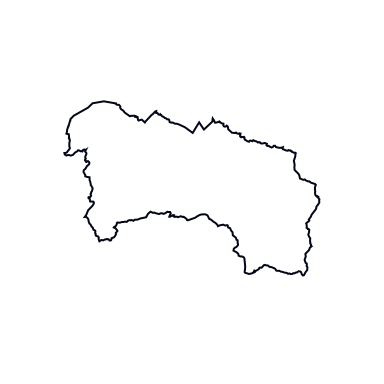 the district of Musi Rawas Utara, Sumatera Selatan, Indonesia, rotated 223°
{"feature_id": "22746128B26074251210079", "entity_name": "Musi Rawas Utara", "entity_type": "district", "adm_level": 2, "iso_a3": "IDN", "parent_name": "Indonesia", "parent_adm1": "Sumatera Selatan", "projection": "natural_earth1", "projection_center": [102.781, -2.706], "detail": "fine", "context": "isolated", "style": "outline", "palette": "ink", "viewbox_px": 384, "rotation_deg": 223, "n_neighbors": 0, "source": "geoboundaries", "source_scale": "gbopen_adm2", "svg_char_len": 6025}
<svg xmlns="http://www.w3.org/2000/svg" viewBox="0 0 384 384"><g transform="rotate(223 192 192)"><path d="M142.6,291.2L143.2,291.2L144.6,290.0L147.5,289.7L147.3,289.4L148.1,289.3L150.0,288.5L150.1,287.5L151.7,286.4L153.9,285.8L154.4,285.3L155.5,285.5L156.1,286.7L156.9,285.2L158.2,283.9L161.2,282.1L162.7,282.5L163.7,281.6L163.6,280.1L164.1,278.9L165.5,278.3L167.5,278.0L168.0,277.3L168.5,277.3L168.8,277.0L169.5,277.0L170.1,278.3L172.1,277.6L173.8,275.2L175.2,274.4L175.4,274.6L176.2,274.7L177.3,273.9L177.5,273.2L179.3,273.0L180.5,272.3L182.5,271.7L182.4,270.4L183.8,269.8L184.7,269.0L184.8,268.3L184.6,267.6L186.3,266.8L187.5,266.8L188.2,266.4L189.2,266.4L190.0,267.0L190.0,266.8L191.6,267.7L192.4,266.7L193.1,266.3L193.1,265.9L193.5,265.5L194.7,265.5L195.3,266.1L195.5,265.9L195.3,266.2L195.8,266.5L196.4,267.8L197.4,267.2L197.4,266.5L198.8,265.6L200.4,265.5L200.6,264.6L203.2,262.6L208.3,262.6L210.0,264.0L211.0,264.3L211.9,264.2L211.9,263.0L212.9,261.9L214.3,261.9L215.6,263.4L217.3,262.4L220.0,262.2L219.8,261.6L220.6,261.2L221.0,260.2L222.4,258.4L225.1,259.5L227.0,259.9L225.1,257.3L225.9,245.8L234.3,247.8L231.8,235.7L241.5,234.5L248.4,232.2L249.6,231.6L251.1,230.3L253.2,229.7L254.1,229.2L254.4,228.6L256.0,227.9L257.8,229.1L258.7,229.2L259.7,228.2L261.2,228.2L262.3,227.6L264.0,227.6L264.7,227.2L265.9,227.0L266.8,227.3L267.0,227.1L268.2,227.2L268.1,226.6L269.3,225.8L270.3,226.2L271.3,226.0L272.1,225.4L273.3,226.8L273.8,225.7L273.8,221.8L274.1,221.0L274.1,211.6L273.9,210.7L278.1,210.7L279.9,207.8L280.7,207.9L283.0,209.8L283.8,209.8L283.8,210.2L283.8,208.8L284.9,208.2L285.3,208.9L286.3,208.4L288.7,205.9L288.8,205.4L289.2,205.0L291.6,204.7L295.5,204.2L297.5,204.6L300.8,204.2L302.1,204.7L302.6,205.7L302.6,206.3L302.7,205.8L304.9,205.9L306.1,204.8L306.7,204.5L307.3,204.6L308.5,204.3L308.5,204.6L318.3,198.2L325.2,189.1L325.6,182.6L330.5,167.2L330.6,162.4L330.3,162.0L330.5,162.0L330.3,162.0L327.1,155.7L327.3,155.6L325.6,152.1L324.6,150.9L323.6,149.0L321.5,150.2L319.1,148.1L318.9,147.5L318.2,147.5L317.9,147.0L317.3,147.0L316.3,146.2L315.5,144.7L313.2,142.0L311.2,140.8L310.7,138.0L310.8,137.4L310.5,135.8L310.9,134.6L311.9,133.5L310.7,132.7L308.9,132.9L308.3,133.9L307.3,135.1L305.5,135.9L304.4,138.0L304.4,141.2L303.7,143.5L303.8,144.7L302.9,145.4L301.1,145.9L300.8,146.5L299.8,146.9L299.9,147.6L300.3,148.1L300.2,149.0L299.6,149.7L298.6,149.8L298.4,150.6L297.9,148.8L297.5,148.6L296.2,148.6L295.2,147.9L294.4,145.5L293.5,144.3L292.4,143.9L292.3,142.8L291.9,142.2L291.5,142.1L290.7,142.4L289.8,141.8L289.6,142.0L289.4,143.3L289.0,143.7L287.3,143.6L286.8,143.2L286.4,142.6L286.2,141.7L286.5,139.4L285.8,136.2L286.0,134.3L285.5,133.2L284.5,132.4L281.8,131.7L280.8,130.7L279.1,131.4L277.0,132.9L274.8,130.7L273.7,130.3L270.7,128.1L267.5,127.1L266.9,126.6L265.8,124.5L265.6,123.0L264.9,122.3L264.9,121.5L264.3,120.9L263.2,120.5L263.0,118.7L264.1,117.7L263.7,117.0L261.9,117.1L260.4,115.8L259.9,115.6L257.7,117.6L257.0,117.6L256.4,117.2L255.9,116.4L255.4,114.2L255.5,107.8L253.7,103.1L253.4,100.6L252.4,101.7L250.0,101.6L249.1,101.3L247.7,100.1L245.6,99.0L243.8,99.0L242.0,98.2L240.4,98.3L238.4,97.2L236.7,97.7L236.0,97.5L234.7,95.8L233.7,95.6L232.9,94.6L232.1,94.6L230.5,95.4L229.3,95.2L227.9,93.7L226.1,92.8L225.6,95.0L223.9,96.2L223.4,97.8L222.7,98.5L222.2,99.6L221.7,99.7L220.8,100.5L219.2,100.3L218.4,101.1L218.3,101.6L219.3,103.5L218.5,104.9L218.1,106.2L218.7,109.1L219.8,110.1L219.9,112.5L220.3,112.9L223.4,113.3L225.0,112.7L225.1,113.2L224.5,115.2L225.2,117.4L225.8,118.0L225.8,118.8L224.3,119.9L223.7,120.6L222.9,122.1L221.5,123.5L220.8,124.6L219.3,125.7L219.2,127.5L218.5,128.8L217.5,129.5L217.2,130.2L215.2,131.0L215.1,132.5L213.0,134.7L211.9,137.1L208.3,142.3L209.3,146.0L208.9,149.3L206.2,150.2L205.6,151.2L204.1,151.7L201.1,153.4L200.2,155.3L199.0,156.3L198.0,156.5L197.0,158.4L196.6,160.7L196.0,160.9L194.4,162.4L193.1,162.0L191.8,158.5L191.0,159.2L191.0,160.2L190.5,160.7L190.4,161.6L189.8,162.5L189.2,162.8L188.7,161.7L187.7,161.9L186.8,163.1L186.2,163.6L185.1,164.0L183.6,166.7L181.7,167.4L181.2,168.2L177.5,168.6L176.5,168.1L175.7,168.5L172.2,175.2L171.6,177.9L170.6,180.7L169.7,182.1L167.5,184.4L165.7,185.3L165.0,185.4L163.8,185.2L161.1,184.1L159.6,184.7L155.9,184.9L153.8,185.4L151.2,185.3L149.7,184.7L148.9,186.6L147.0,189.3L144.7,190.2L144.1,191.3L143.5,191.8L143.1,191.9L141.4,190.7L139.6,191.5L138.9,191.3L137.4,190.5L134.9,190.2L132.6,188.2L128.8,188.5L126.9,187.4L125.7,187.8L124.0,186.0L122.6,185.1L122.2,184.5L122.0,182.9L122.2,181.6L122.7,180.4L122.7,179.0L121.7,177.4L117.9,178.4L115.9,178.3L114.4,177.2L112.3,178.1L111.8,178.7L111.0,179.2L109.4,179.5L109.0,179.4L108.3,179.1L102.3,173.8L100.7,171.9L98.9,169.3L98.0,169.2L94.3,171.0L92.6,173.5L92.3,175.5L92.5,176.1L91.7,175.6L91.4,176.3L91.9,177.5L91.4,178.1L90.6,181.0L90.6,181.6L91.0,182.4L90.8,183.0L89.5,184.1L89.5,187.6L89.1,188.3L88.1,188.7L86.4,190.0L84.3,190.1L82.8,191.2L79.6,192.4L78.8,192.6L77.2,192.0L76.3,192.2L74.4,193.9L72.7,194.4L71.0,195.5L69.9,195.8L67.6,197.4L65.9,197.7L65.3,198.8L63.8,199.3L62.7,200.6L62.6,201.7L61.7,202.3L61.1,203.7L61.1,204.0L60.4,204.7L60.0,206.7L58.6,207.7L57.5,207.8L55.6,206.7L53.9,206.6L53.4,207.5L54.3,211.0L54.5,213.5L56.3,215.7L57.7,216.1L58.8,217.6L59.4,217.9L60.6,217.7L63.4,219.2L64.8,222.4L66.9,224.1L66.8,229.3L67.8,231.6L67.5,233.9L68.5,234.0L68.8,234.5L70.7,235.2L70.8,235.6L72.2,236.6L74.0,238.8L75.4,239.0L77.9,240.1L78.7,241.9L80.4,244.3L81.4,244.5L82.1,243.9L83.1,244.2L83.8,244.0L84.4,244.9L86.1,246.4L87.1,246.9L86.9,249.3L86.6,250.1L86.9,251.3L87.8,251.5L88.3,255.3L89.0,256.8L89.7,263.9L90.2,265.1L90.7,265.5L91.2,267.1L91.1,268.0L91.6,270.7L91.9,271.4L93.0,272.2L93.9,273.6L94.7,273.6L95.8,274.0L96.1,274.6L97.5,274.4L97.4,273.8L99.6,273.9L101.3,275.1L102.2,276.4L104.7,278.5L106.1,280.8L106.2,281.6L107.4,281.8L111.5,279.9L113.5,279.8L114.2,279.0L116.7,278.1L118.1,278.1L118.9,276.8L122.2,275.5L125.1,277.5L126.6,277.9L132.0,278.1L134.0,279.9L135.5,281.9L138.8,284.3L140.7,288.4L142.1,290.1L142.6,291.2Z" fill="none" stroke="#020617" stroke-width="2"/></g></svg>